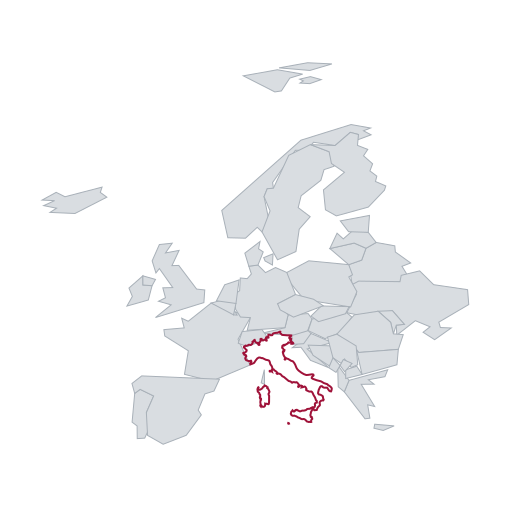 Europe, with Italy highlighted, rotated 354°
{"feature_id": "ITA", "entity_name": "Italy", "entity_type": "country or territory", "adm_level": 0, "iso_a3": "ITA", "parent_name": "Europe", "parent_adm1": "", "projection": "natural_earth1", "projection_center": [11.757, 41.885], "detail": "fine", "context": "in_parent", "style": "outline", "palette": "rose", "viewbox_px": 512, "rotation_deg": 354, "n_neighbors": 37, "source": "natural_earth", "source_scale": "50m", "svg_char_len": 13176}
<svg xmlns="http://www.w3.org/2000/svg" viewBox="0 0 512 512"><g transform="rotate(354 256 256)"><path d="M262.2,75.5L296.7,73.0L321.4,80.0L308.2,82.6L298.5,94.5L291.9,94.8L262.2,75.5ZM383.1,147.5L368.8,151.2L370.6,145.9L362.7,142.9L346.2,154.4L325.1,148.9L317.5,156.3L306.2,155.0L280.2,184.6L280.4,190.4L274.2,190.3L270.2,197.8L272.6,222.3L264.5,232.7L260.2,227.6L247.4,237.2L229.9,234.9L226.7,207.1L312.8,145.5L364.3,135.2L383.3,140.7L376.0,142.7L383.1,147.5ZM351.6,72.9L329.0,77.1L298.6,71.3L327.5,69.2L351.6,72.9ZM339.3,87.4L327.5,90.2L317.8,88.6L321.4,86.8L317.9,84.7L328.9,83.3L339.3,87.4Z" fill="#d9dde1" stroke="#a8b0b8" stroke-width="1"/><path d="M206.5,298.1L244.0,316.7L229.4,336.9L238.6,363.8L198.6,375.9L172.5,366.2L178.8,343.2L156.9,326.0L156.7,319.6L177.1,320.0L175.6,310.1L181.8,313.8L206.5,298.1ZM247.9,382.7L252.4,369.9L251.1,384.5L247.9,382.7Z" fill="#d9dde1" stroke="#a8b0b8" stroke-width="1"/><path d="M264.5,232.7L274.7,212.6L270.2,197.8L274.2,190.3L280.4,190.4L299.1,159.3L321.7,150.9L339.6,159.9L343.0,174.9L332.7,177.2L328.4,187.5L307.2,200.8L303.0,212.3L314.0,222.6L301.8,233.8L296.2,255.7L277.0,262.0L264.5,232.7Z" fill="#d9dde1" stroke="#a8b0b8" stroke-width="1"/><path d="M376.9,255.1L395.1,260.4L395.0,266.6L409.1,279.1L400.1,281.5L404.1,289.9L396.5,296.6L348.7,294.4L347.3,274.3L360.7,271.1L366.2,259.8L376.9,255.1Z" fill="#d9dde1" stroke="#a8b0b8" stroke-width="1"/><path d="M431.9,346.4L442.6,348.0L424.9,357.9L414.2,349.3L421.7,344.6L407.7,337.0L387.7,349.5L388.3,339.4L396.4,339.5L385.9,324.6L359.8,327.9L340.3,321.9L352.0,304.4L348.7,294.4L355.5,291.7L396.5,296.6L398.4,290.4L417.2,287.9L429.7,303.1L462.9,311.6L462.5,326.5L430.9,340.9L431.9,346.4Z" fill="#d9dde1" stroke="#a8b0b8" stroke-width="1"/><path d="M347.3,274.3L350.0,284.8L346.1,286.5L352.6,302.0L344.8,316.6L299.3,304.4L284.7,282.3L284.9,275.6L308.0,266.3L347.3,274.3Z" fill="#d9dde1" stroke="#a8b0b8" stroke-width="1"/><path d="M305.2,324.5L298.8,337.2L289.2,339.5L253.4,333.5L277.3,330.3L281.8,317.9L301.8,318.7L305.2,324.5Z" fill="#d9dde1" stroke="#a8b0b8" stroke-width="1"/><path d="M340.3,321.9L344.9,326.7L333.7,340.5L316.0,345.4L300.1,335.7L305.2,324.5L340.3,321.9Z" fill="#d9dde1" stroke="#a8b0b8" stroke-width="1"/><path d="M371.7,323.7L385.9,324.6L396.4,339.5L388.3,339.4L384.5,347.8L383.0,336.1L371.7,323.7Z" fill="#d9dde1" stroke="#a8b0b8" stroke-width="1"/><path d="M384.5,347.8L394.2,349.6L387.8,363.7L348.1,362.7L328.2,342.2L347.7,324.8L371.7,323.7L383.0,336.1L384.5,347.8Z" fill="#d9dde1" stroke="#a8b0b8" stroke-width="1"/><path d="M366.2,259.8L360.7,271.1L347.3,274.3L330.2,256.3L355.0,253.4L366.2,259.8Z" fill="#d9dde1" stroke="#a8b0b8" stroke-width="1"/><path d="M370.1,244.2L376.9,255.1L366.2,259.8L355.0,253.4L330.2,256.3L339.0,241.8L344.6,248.1L356.0,240.0L370.1,244.2Z" fill="#d9dde1" stroke="#a8b0b8" stroke-width="1"/><path d="M373.1,227.5L370.1,244.2L350.6,241.5L343.5,229.9L373.1,227.5Z" fill="#d9dde1" stroke="#a8b0b8" stroke-width="1"/><path d="M284.9,275.6L291.3,298.5L272.5,305.8L281.8,317.9L277.3,330.3L239.5,329.0L244.0,316.7L234.2,315.1L230.2,307.0L230.2,292.0L236.1,288.8L238.1,276.2L244.9,277.6L249.5,273.4L247.8,265.4L257.0,265.2L263.7,273.5L274.2,269.5L284.9,275.6Z" fill="#d9dde1" stroke="#a8b0b8" stroke-width="1"/><path d="M346.0,359.0L348.1,362.7L387.8,363.7L384.8,378.9L349.1,384.9L346.0,359.0Z" fill="#d9dde1" stroke="#a8b0b8" stroke-width="1"/><path d="M375.6,439.4L364.3,442.8L355.3,439.6L356.5,435.7L375.6,439.4ZM335.5,389.4L375.1,382.9L371.6,389.5L354.8,390.8L360.0,395.8L347.2,394.6L358.3,418.1L351.5,415.7L352.3,429.2L347.4,429.3L329.6,400.3L335.5,389.4Z" fill="#d9dde1" stroke="#a8b0b8" stroke-width="1"/><path d="M335.5,389.4L329.6,400.3L324.1,394.7L325.8,372.8L335.5,389.4Z" fill="#d9dde1" stroke="#a8b0b8" stroke-width="1"/><path d="M302.6,338.8L322.7,350.1L297.2,353.8L316.7,374.7L299.3,365.5L291.2,351.5L282.5,351.0L302.6,338.8Z" fill="#d9dde1" stroke="#a8b0b8" stroke-width="1"/><path d="M254.2,329.8L259.5,339.0L237.8,345.3L229.2,340.9L234.4,329.7L254.2,329.8Z" fill="#d9dde1" stroke="#a8b0b8" stroke-width="1"/><path d="M228.4,307.3L231.0,312.8L227.5,312.2L228.4,307.3Z" fill="#d9dde1" stroke="#a8b0b8" stroke-width="1"/><path d="M231.1,301.1L227.5,312.2L206.5,298.1L223.3,295.3L231.1,301.1Z" fill="#d9dde1" stroke="#a8b0b8" stroke-width="1"/><path d="M236.7,278.0L231.1,301.1L212.0,296.4L221.9,281.3L236.7,278.0Z" fill="#d9dde1" stroke="#a8b0b8" stroke-width="1"/><path d="M121.0,380.0L126.8,376.5L139.6,384.5L130.6,400.3L133.0,414.3L126.3,425.5L118.8,425.2L120.0,412.6L115.4,408.3L121.0,380.0Z" fill="#d9dde1" stroke="#a8b0b8" stroke-width="1"/><path d="M129.4,423.1L130.6,400.3L139.6,384.5L126.8,376.5L121.0,380.0L119.3,369.8L129.8,363.3L206.8,374.7L200.1,385.9L190.8,387.8L182.4,403.2L185.0,408.3L167.9,427.0L144.0,433.5L129.4,423.1Z" fill="#d9dde1" stroke="#a8b0b8" stroke-width="1"/><path d="M149.5,274.7L144.3,288.5L122.4,292.3L128.8,283.3L126.3,274.6L141.4,263.9L140.5,273.0L149.5,274.7Z" fill="#d9dde1" stroke="#a8b0b8" stroke-width="1"/><path d="M257.0,265.2L247.8,265.4L245.2,252.0L261.5,242.0L259.3,249.1L263.6,252.7L257.0,265.2ZM273.2,255.6L271.4,266.7L264.5,261.9L263.5,258.4L273.2,255.6Z" fill="#d9dde1" stroke="#a8b0b8" stroke-width="1"/><path d="M149.5,274.7L140.5,273.0L141.4,263.9L153.6,268.8L149.5,274.7ZM169.9,278.7L158.6,258.4L154.7,262.4L152.2,250.0L161.1,234.5L174.0,234.5L166.3,243.5L180.1,242.4L171.4,256.8L178.2,257.3L193.5,282.7L201.5,284.4L199.3,296.9L149.6,306.7L166.5,295.7L154.3,290.8L161.6,288.1L160.0,277.9L169.9,278.7Z" fill="#d9dde1" stroke="#a8b0b8" stroke-width="1"/><path d="M110.1,171.4L107.8,176.5L113.8,181.9L80.4,194.8L55.7,191.1L62.6,187.6L50.1,183.7L61.5,179.9L49.1,178.0L63.9,171.8L72.2,177.1L110.1,171.4Z" fill="#d9dde1" stroke="#a8b0b8" stroke-width="1"/><path d="M283.4,338.8L300.1,335.7L302.6,338.8L294.2,348.2L282.9,347.7L283.4,338.8Z" fill="#d9dde1" stroke="#a8b0b8" stroke-width="1"/><path d="M370.6,145.9L368.5,156.6L378.3,161.7L373.4,167.6L381.6,176.5L378.2,183.3L384.5,189.2L382.6,194.4L392.4,199.9L390.6,204.0L372.8,219.1L340.1,224.5L329.9,217.3L330.0,197.3L352.7,182.0L340.7,171.9L339.6,159.9L321.7,150.9L346.2,154.4L362.7,142.9L370.6,145.9Z" fill="#d9dde1" stroke="#a8b0b8" stroke-width="1"/><path d="M343.3,316.1L338.9,322.8L311.3,327.8L304.4,321.5L315.7,312.5L343.3,316.1Z" fill="#d9dde1" stroke="#a8b0b8" stroke-width="1"/><path d="M291.3,298.5L308.7,305.0L317.7,312.5L286.9,320.7L274.4,312.1L272.5,305.8L291.3,298.5Z" fill="#d9dde1" stroke="#a8b0b8" stroke-width="1"/><path d="M317.5,373.1L302.3,360.7L298.6,350.1L322.6,353.4L323.6,364.9L317.5,373.1Z" fill="#d9dde1" stroke="#a8b0b8" stroke-width="1"/><path d="M344.7,376.1L349.1,384.9L332.4,387.2L333.3,378.5L344.7,376.1Z" fill="#d9dde1" stroke="#a8b0b8" stroke-width="1"/><path d="M318.6,344.1L328.2,342.2L346.2,355.9L345.8,374.8L339.0,376.8L333.3,367.6L329.5,371.7L321.9,365.3L318.6,344.1Z" fill="#d9dde1" stroke="#a8b0b8" stroke-width="1"/><path d="M328.2,373.7L323.4,380.1L316.7,374.7L321.9,365.3L328.2,373.7Z" fill="#d9dde1" stroke="#a8b0b8" stroke-width="1"/><path d="M332.1,380.3L328.2,373.7L332.0,368.1L340.3,372.9L332.1,380.3Z" fill="#d9dde1" stroke="#a8b0b8" stroke-width="1"/><path d="M236.1,344.0L236.8,344.4L238.2,344.1L239.7,343.5L241.4,344.0L242.9,343.2L243.0,342.8L243.8,341.9L243.8,341.6L243.5,341.0L243.6,340.9L244.6,340.3L245.1,339.7L245.6,339.4L245.9,339.3L246.1,339.7L246.0,340.8L246.2,341.1L247.4,342.3L248.7,342.6L248.7,342.8L248.4,343.3L249.1,344.0L249.2,344.5L249.6,344.8L250.1,344.7L250.2,344.4L249.9,343.4L249.9,343.2L250.1,342.8L251.4,341.4L251.7,340.8L251.8,339.1L252.1,338.9L252.9,339.0L253.3,340.2L253.6,340.6L254.4,340.7L256.1,340.0L256.5,340.1L257.2,341.2L257.5,341.3L257.8,341.2L257.7,340.1L257.5,339.6L257.2,339.3L257.2,339.0L257.5,338.0L258.3,337.8L258.8,338.3L259.5,338.4L259.9,338.4L260.0,338.1L260.0,337.8L259.7,337.4L259.8,336.8L260.1,335.6L261.7,335.8L262.2,336.3L262.7,336.4L263.9,336.4L264.1,336.2L264.3,335.7L264.8,335.0L265.6,334.7L267.6,334.5L269.3,334.6L272.0,333.7L272.2,333.8L271.8,334.6L271.9,335.0L272.7,335.9L273.6,337.1L274.2,337.3L279.0,338.2L281.2,338.4L282.7,338.7L282.6,339.2L281.7,339.6L280.6,340.5L280.5,341.0L280.6,341.3L280.8,341.4L281.0,341.3L281.3,341.4L282.2,341.7L282.3,341.9L282.1,342.1L281.2,342.9L281.2,343.4L281.4,343.5L282.0,343.5L281.8,344.8L281.9,345.0L282.5,345.1L282.9,345.4L283.7,346.1L284.0,346.7L283.8,346.9L283.3,347.0L282.9,347.0L283.3,346.6L282.2,345.3L281.8,345.3L281.1,345.9L279.3,345.3L278.9,345.5L278.7,346.0L278.1,346.5L277.2,346.7L276.2,347.3L274.3,348.1L273.9,348.0L274.6,347.3L274.3,347.3L273.3,347.8L272.8,348.2L272.4,350.0L272.9,350.3L273.6,351.8L274.5,352.5L274.1,353.5L273.6,354.0L273.1,353.7L272.8,353.7L272.6,354.6L273.0,357.3L273.7,359.1L274.3,359.9L275.7,361.1L277.3,361.8L280.0,363.9L281.5,364.5L281.9,364.9L282.9,366.5L283.7,368.4L284.5,371.3L285.2,372.8L286.4,374.4L289.0,376.8L291.3,378.5L293.5,379.6L295.2,379.7L299.1,379.5L299.8,379.6L300.6,379.9L300.8,380.6L300.5,381.1L299.7,381.6L298.8,382.4L298.7,383.3L299.5,384.0L303.4,385.9L307.4,387.4L308.6,388.2L310.1,389.4L313.6,391.0L314.2,391.9L316.3,393.6L317.3,394.9L317.5,396.0L317.1,397.1L316.9,397.8L316.5,398.5L315.6,398.3L314.6,397.5L313.0,394.4L310.2,394.1L309.6,393.9L308.6,393.3L308.6,393.0L308.3,392.6L308.0,392.4L307.0,392.3L306.2,392.8L305.4,394.0L304.4,395.7L303.5,398.2L303.4,399.2L304.0,400.2L305.6,400.7L306.9,401.6L307.8,402.5L307.9,404.7L308.3,406.0L307.7,406.7L306.7,406.5L305.3,406.9L304.3,407.7L303.9,408.5L304.0,410.5L303.8,411.3L301.9,412.7L300.9,414.2L300.3,415.5L297.9,415.5L297.3,414.7L297.3,413.4L297.7,412.6L298.6,412.2L299.2,410.6L299.0,409.4L299.3,408.9L299.6,408.5L301.2,408.1L301.3,406.5L300.6,405.7L299.9,402.8L298.7,400.3L298.0,398.1L297.4,397.0L296.7,396.5L295.3,396.5L294.6,396.3L292.1,394.8L291.9,394.6L291.9,394.1L292.3,393.5L292.0,392.7L291.7,391.9L291.3,391.3L290.7,390.9L289.2,391.3L288.5,391.2L288.0,391.5L287.7,391.5L288.5,390.4L288.3,390.1L287.4,389.6L286.0,389.5L285.8,389.8L285.5,389.6L285.6,389.1L284.2,386.8L283.3,385.8L282.8,385.7L282.0,385.9L280.6,385.4L279.8,385.3L278.7,385.8L278.3,385.6L278.2,385.2L277.0,384.3L275.4,383.7L272.4,380.6L271.4,379.5L269.5,378.2L268.3,376.4L267.3,375.7L265.9,375.2L264.8,375.5L264.5,375.2L265.1,374.9L265.0,374.2L263.3,372.3L262.4,371.8L261.7,370.6L261.3,370.4L260.9,370.4L260.4,370.3L260.5,368.8L260.4,368.2L259.9,366.7L259.0,365.4L258.5,362.4L258.1,361.5L257.1,360.9L254.9,360.2L251.8,358.2L251.1,358.2L249.3,357.4L248.1,357.3L246.6,358.0L244.7,359.9L243.2,361.8L242.7,362.2L240.8,362.8L239.1,363.2L239.0,362.3L240.2,360.8L240.4,360.3L240.1,359.6L239.9,359.6L238.2,359.9L237.9,359.8L235.4,358.6L235.0,358.1L234.8,357.6L234.9,357.3L234.6,356.5L235.4,355.0L235.8,354.9L235.9,354.7L235.7,353.7L235.3,353.4L234.4,353.2L233.9,352.9L233.8,352.4L233.6,352.0L233.2,351.6L233.2,351.1L233.6,350.9L234.7,351.0L235.7,350.3L236.4,350.0L236.7,349.1L236.9,348.8L236.9,348.6L236.0,347.7L235.6,347.0L235.1,346.2L234.5,345.9L234.4,345.6L234.4,345.2L234.6,344.9L235.5,344.5L236.1,344.0ZM274.3,362.0L274.5,361.5L274.4,361.2L274.0,361.2L273.7,361.7L273.9,362.0L274.3,362.0ZM296.8,413.0L296.1,414.4L294.4,416.9L293.9,418.7L293.4,419.9L293.6,421.0L294.4,421.8L294.0,422.1L294.9,423.1L294.9,423.5L294.9,423.9L294.1,424.6L293.8,425.0L293.6,425.5L293.5,425.9L293.6,426.4L293.6,426.8L292.8,426.8L292.0,426.5L291.2,426.6L289.2,425.8L288.2,424.3L287.4,423.6L286.5,423.1L284.8,423.1L284.0,422.8L282.5,421.7L280.8,420.9L279.4,419.7L278.5,419.4L277.6,418.8L276.0,418.8L275.6,418.6L274.7,418.0L274.1,416.6L274.9,414.5L275.7,414.0L276.2,413.3L277.1,414.4L277.5,414.7L277.8,414.6L278.5,414.2L278.6,413.8L279.3,413.3L280.3,413.2L280.7,413.3L280.9,413.8L281.7,414.0L283.1,415.0L283.9,415.1L285.0,414.8L285.8,414.6L287.5,414.8L288.4,414.6L289.1,414.6L290.0,414.2L290.7,413.6L291.1,413.5L292.5,413.5L293.5,413.6L293.9,413.5L294.3,413.1L294.7,412.9L295.1,413.0L296.2,412.3L296.8,412.3L297.2,412.6L296.8,413.0ZM253.9,389.0L254.3,389.6L255.1,391.9L255.2,392.4L254.8,393.3L254.0,394.5L254.1,395.5L254.4,396.1L254.4,396.8L254.3,397.6L253.7,402.8L253.3,404.4L252.8,404.7L251.2,404.0L250.4,404.2L249.7,403.8L249.4,405.6L249.0,406.3L248.4,406.7L247.8,406.8L247.2,406.6L246.7,406.6L246.3,406.3L245.1,404.1L245.0,401.6L245.3,400.9L245.4,400.1L245.4,399.4L245.5,399.2L245.8,399.4L246.0,399.4L246.1,398.4L245.7,397.9L245.1,397.7L245.0,397.1L245.1,396.6L245.4,396.2L245.6,395.8L245.6,394.3L245.1,393.8L245.0,393.0L244.8,392.4L243.6,391.1L243.5,390.0L243.9,388.7L244.5,389.2L244.9,389.3L245.6,389.4L246.4,389.3L248.2,388.4L249.4,387.0L250.2,386.7L250.6,386.3L250.8,385.8L251.1,385.6L251.5,386.1L252.0,386.2L252.7,386.6L253.3,387.5L253.8,387.8L253.7,388.0L253.4,388.6L253.9,389.0ZM259.5,371.3L259.7,371.6L259.8,371.8L259.6,372.1L259.7,372.6L259.1,372.1L258.2,372.4L257.6,372.3L257.5,371.9L257.6,371.7L258.5,371.7L259.2,371.6L259.5,371.3ZM245.5,405.3L245.1,406.2L244.7,405.6L244.6,405.1L244.7,404.9L245.5,405.3ZM244.6,387.4L244.1,388.0L243.8,388.0L244.2,387.1L244.6,386.8L244.8,387.0L244.6,387.4ZM271.3,426.2L271.0,426.3L270.5,426.0L270.5,425.6L270.6,425.4L271.1,425.6L271.3,426.2ZM284.9,390.5L284.5,390.7L284.3,390.6L284.2,390.4L284.3,390.1L285.0,390.3L284.9,390.5Z" fill="none" stroke="#9f1239" stroke-width="2"/></g></svg>